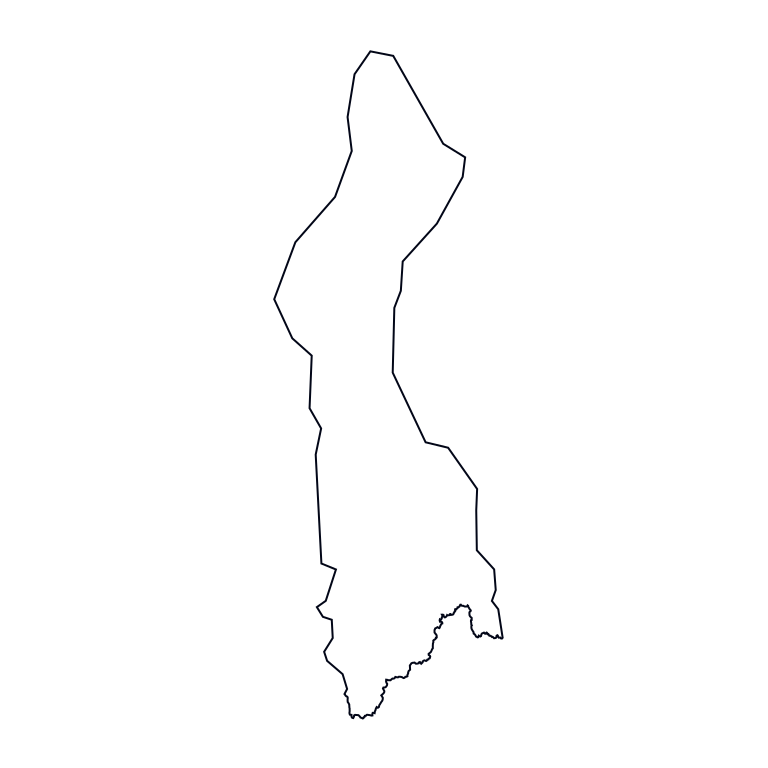 the district of Yambio, Western Equatoria, South Sudan, rotated 357°
{"feature_id": "79223893B76948069319823", "entity_name": "Yambio", "entity_type": "district", "adm_level": 2, "iso_a3": "SSD", "parent_name": "South Sudan", "parent_adm1": "Western Equatoria", "projection": "equal_earth", "projection_center": [28.647, 5.178], "detail": "fine", "context": "isolated", "style": "outline", "palette": "ink", "viewbox_px": 768, "rotation_deg": 357, "n_neighbors": 0, "source": "geoboundaries", "source_scale": "gbopen_adm2", "svg_char_len": 4386}
<svg xmlns="http://www.w3.org/2000/svg" viewBox="0 0 768 768"><g transform="rotate(357 384 384)"><path d="M387.8,51.1L370.8,73.1L361.6,115.5L364.0,149.6L344.9,194.6L302.9,237.8L278.8,293.6L294.8,333.6L313.3,351.9L308.4,404.3L318.9,425.1L312.1,450.9L312.1,560.0L326.3,566.7L314.5,597.5L305.3,603.3L310.8,613.3L319.5,616.7L319.5,635.0L310.2,648.3L312.7,657.5L327.5,671.6L331.2,686.6L328.4,691.4L328.6,691.5L329.1,692.9L330.0,693.9L330.9,694.3L331.3,695.0L331.3,696.1L331.1,697.6L331.1,698.3L331.1,699.6L331.8,700.7L332.5,702.2L332.5,704.3L332.5,705.3L332.7,706.4L332.6,707.6L332.6,708.8L332.3,710.4L332.3,711.2L332.6,712.4L333.4,712.6L334.2,712.7L334.2,713.7L334.2,714.7L334.8,715.7L335.8,716.0L336.7,714.4L336.8,713.4L337.8,712.9L338.9,713.1L340.1,713.2L341.2,713.4L342.1,714.4L342.6,715.0L343.0,715.8L344.4,716.4L345.3,716.9L346.0,716.6L346.3,715.7L347.2,715.4L347.5,714.4L348.5,714.4L349.4,713.5L350.4,713.5L351.2,713.7L352.4,713.9L353.6,714.3L354.4,714.5L355.1,714.4L355.1,712.9L355.5,711.8L356.7,711.9L357.4,712.2L357.8,710.3L358.3,709.6L358.9,707.7L359.8,706.2L360.9,707.0L362.0,706.3L362.5,704.5L363.4,703.3L364.6,701.5L365.7,700.2L366.2,698.9L366.4,697.3L365.7,696.0L365.0,694.8L366.6,693.5L367.5,692.7L368.2,691.5L368.2,690.5L367.3,688.7L367.0,688.0L367.5,687.1L368.7,687.1L369.8,686.8L371.1,685.3L371.4,684.3L371.5,683.6L370.8,682.5L370.5,681.2L370.7,679.4L371.8,679.6L372.2,680.0L373.3,680.0L373.8,680.1L375.0,680.2L375.9,679.4L377.0,678.6L378.2,678.7L379.1,678.4L380.0,677.1L381.3,677.5L382.6,677.7L383.5,677.1L385.3,677.3L386.5,677.6L387.0,678.0L388.0,678.6L388.3,678.7L389.2,678.4L390.0,677.5L391.2,677.5L392.1,677.1L392.1,675.9L393.0,674.2L393.0,673.4L393.6,671.9L395.1,670.7L395.1,668.8L395.1,667.7L395.1,666.4L395.8,665.6L396.8,664.3L398.0,663.9L399.0,663.9L400.0,663.8L401.0,664.9L402.4,665.0L404.0,664.7L404.4,663.8L405.3,663.5L405.9,664.5L406.5,665.3L408.0,664.0L408.0,663.2L409.0,662.4L410.0,662.1L410.9,662.5L411.5,662.8L412.4,662.3L412.7,661.6L413.9,661.4L414.2,660.6L415.3,660.3L415.9,658.7L415.6,657.8L414.5,657.0L414.4,655.9L415.4,655.1L416.7,654.2L417.5,652.8L418.1,651.4L418.9,650.6L419.0,649.2L419.0,648.3L419.2,646.6L419.3,645.6L419.8,644.5L419.8,643.7L419.8,642.8L420.7,642.1L421.4,641.8L422.4,640.9L422.5,640.2L423.1,640.2L423.4,639.8L423.4,638.8L423.4,637.8L422.9,636.7L422.5,636.4L422.1,635.7L421.5,634.9L421.5,633.7L421.6,632.3L422.0,631.6L422.3,630.8L423.5,630.3L424.7,629.6L425.2,629.9L425.9,630.5L426.5,630.7L427.0,630.0L427.7,628.2L428.1,627.7L428.4,627.0L429.1,626.4L429.7,626.2L429.7,625.4L429.4,624.8L428.8,624.4L427.5,624.4L427.3,623.6L427.2,622.8L427.5,621.9L428.3,622.4L428.9,621.9L429.5,620.8L429.5,620.1L430.2,619.2L430.2,618.3L429.8,617.4L430.7,617.4L431.4,617.9L431.5,619.1L432.3,620.2L432.9,620.2L433.5,619.9L434.4,619.1L434.9,618.1L435.1,618.3L435.8,618.3L436.9,618.3L437.8,618.1L437.8,617.3L438.4,617.2L438.9,618.1L440.1,618.0L441.0,617.7L441.5,617.0L441.6,616.4L442.4,615.6L442.5,614.9L443.2,614.5L443.2,613.8L443.2,612.7L443.7,612.6L444.4,612.8L444.6,612.3L445.6,611.8L445.8,610.8L446.8,610.8L447.8,610.1L448.1,609.2L448.7,608.4L449.2,608.4L449.6,609.2L450.4,609.6L451.4,609.6L452.3,610.1L453.2,610.5L454.8,610.5L455.5,610.4L455.9,609.5L456.4,609.9L456.4,610.8L457.2,612.1L457.5,612.9L458.2,613.8L458.8,614.6L458.5,615.5L457.7,615.9L457.3,616.8L457.3,617.4L457.3,618.3L457.3,619.3L457.7,620.4L458.6,621.5L459.3,622.1L459.3,622.7L459.2,624.3L458.5,624.5L458.4,625.7L458.6,627.1L458.6,628.1L458.6,628.8L459.1,629.6L458.6,630.2L458.5,631.5L458.6,632.9L459.1,634.1L459.8,635.4L460.5,636.6L460.4,637.4L460.5,638.0L461.4,638.6L462.1,639.6L462.7,641.0L463.3,641.3L464.1,641.9L464.8,641.8L465.1,641.0L465.5,640.3L465.8,640.6L466.9,641.2L467.7,640.8L467.9,640.0L468.2,639.0L468.9,638.2L470.1,637.8L470.8,637.5L471.4,638.3L471.9,638.7L472.6,638.1L473.5,637.6L474.0,638.1L474.0,639.1L474.4,639.4L475.2,639.2L475.5,639.7L475.9,640.8L476.5,641.0L477.3,641.0L478.0,641.7L478.6,642.3L479.1,642.1L479.9,642.7L480.5,643.6L481.4,643.6L482.4,643.4L482.9,642.9L483.2,641.4L484.0,640.8L484.5,641.2L484.8,642.4L485.3,643.3L486.8,643.3L487.3,644.1L488.4,644.4L489.2,643.6L486.3,614.9L480.4,606.3L484.8,595.6L484.3,574.9L468.0,554.9L469.5,515.0L471.5,493.7L444.7,451.0L422.5,444.4L393.3,373.1L398.3,308.5L405.7,291.8L409.1,262.6L445.2,226.6L473.4,181.3L476.9,161.9L455.7,147.2L410.4,56.8L387.8,51.1Z" fill="none" stroke="#020617" stroke-width="2"/></g></svg>